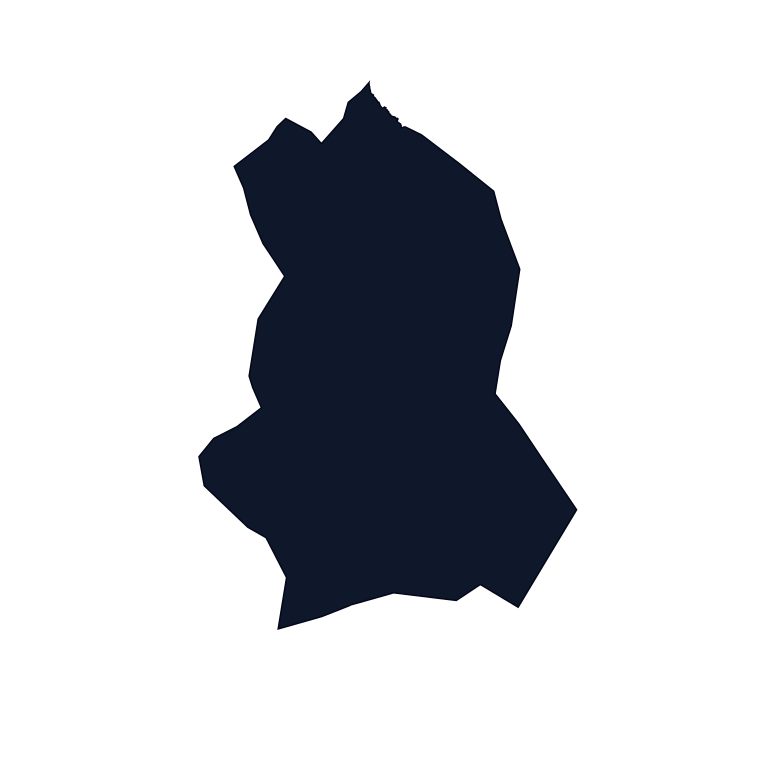 the district of Batcengel, Arhangay, Mongolia, rotated 115°
{"feature_id": "93677404B51676367507043", "entity_name": "Batcengel", "entity_type": "district", "adm_level": 2, "iso_a3": "MNG", "parent_name": "Mongolia", "parent_adm1": "Arhangay", "projection": "equal_earth", "projection_center": [101.548, 47.88], "detail": "fine", "context": "isolated", "style": "filled", "palette": "ink", "viewbox_px": 768, "rotation_deg": 115, "n_neighbors": 0, "source": "geoboundaries", "source_scale": "gbopen_adm2", "svg_char_len": 1923}
<svg xmlns="http://www.w3.org/2000/svg" viewBox="0 0 768 768"><g transform="rotate(115 384 384)"><path d="M529.6,168.1L503.3,165.4L416.6,156.3L381.9,214.2L381.8,214.3L363.4,244.6L346.0,279.2L313.8,288.4L277.5,293.3L222.6,309.5L185.1,347.7L163.0,366.0L162.9,366.2L151.8,411.6L151.8,411.9L142.4,455.1L142.0,473.3L142.6,474.6L143.8,475.4L144.1,475.9L144.4,476.6L144.0,476.9L142.7,477.6L141.4,478.9L141.1,480.7L140.7,482.9L140.3,483.3L139.7,483.3L139.0,483.4L138.7,483.2L138.1,483.3L137.8,483.4L137.7,483.7L137.6,484.2L137.8,484.4L138.3,485.6L138.0,486.0L137.7,486.3L137.5,486.7L137.6,487.3L137.6,488.1L138.0,488.9L137.9,490.9L137.5,491.7L137.3,491.9L136.9,492.6L136.9,493.1L136.7,493.7L136.5,494.1L135.5,494.6L135.2,495.8L134.4,496.6L134.3,497.9L134.0,498.5L133.6,499.0L132.9,499.0L132.9,499.5L133.0,500.1L132.8,500.6L134.6,501.6L134.7,502.8L133.9,503.9L133.4,505.0L130.8,507.7L130.9,508.2L131.0,508.7L130.8,509.2L130.6,509.5L130.4,509.7L130.3,509.8L130.1,510.1L130.0,510.3L129.8,510.7L129.8,510.8L129.6,511.0L129.5,511.5L129.3,511.8L129.0,512.0L128.9,512.2L128.6,512.6L128.5,513.0L128.4,513.4L128.4,513.6L128.3,513.9L128.2,514.3L128.1,514.6L127.9,514.9L127.6,515.2L127.3,515.7L127.0,515.7L126.6,515.7L126.5,516.2L126.5,517.3L126.2,518.2L125.7,519.2L125.2,519.7L124.3,520.1L123.4,520.7L122.9,521.3L122.1,522.0L121.4,522.3L120.7,522.7L120.3,523.0L120.1,523.1L119.6,523.7L119.2,524.1L118.3,524.2L118.1,524.8L117.3,525.0L128.5,528.2L143.9,535.4L160.5,532.8L192.6,542.3L186.5,556.5L184.9,585.3L195.9,589.6L211.6,591.7L250.1,611.7L265.7,594.0L286.9,576.5L287.2,576.2L307.9,552.9L315.1,541.0L328.3,519.5L378.2,525.5L433.8,509.6L442.8,501.4L457.3,485.0L484.8,499.2L505.3,515.3L528.0,521.0L552.2,503.9L571.4,446.8L573.1,426.1L573.2,425.8L600.6,390.5L650.7,376.4L621.0,342.1L620.7,341.8L599.4,321.6L598.2,320.7L584.8,305.1L569.2,287.1L549.6,227.0L525.0,212.0L529.6,168.1Z" fill="#0f172a" stroke="#020617" stroke-width="1.5"/></g></svg>